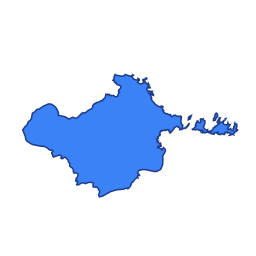 the district of Aceh Besar, Aceh, Indonesia, rotated 140°
{"feature_id": "22746128B90547447297479", "entity_name": "Aceh Besar", "entity_type": "district", "adm_level": 2, "iso_a3": "IDN", "parent_name": "Indonesia", "parent_adm1": "Aceh", "projection": "mercator", "projection_center": [95.268, 5.409], "detail": "fine", "context": "isolated", "style": "filled", "palette": "blue", "viewbox_px": 256, "rotation_deg": 140, "n_neighbors": 0, "source": "geoboundaries", "source_scale": "gbopen_adm2", "svg_char_len": 5618}
<svg xmlns="http://www.w3.org/2000/svg" viewBox="0 0 256 256"><g transform="rotate(140 128 128)"><path d="M194.2,93.6L190.9,92.1L182.3,90.5L176.2,87.8L170.7,84.0L168.0,83.1L167.2,82.4L167.3,81.6L166.3,81.4L163.4,81.9L160.4,83.6L158.4,83.5L155.8,84.3L153.4,84.3L152.6,84.2L152.4,83.6L152.0,84.7L151.0,85.2L149.7,84.2L149.3,85.6L149.9,86.6L149.7,87.3L147.5,88.4L146.0,88.2L145.1,87.6L145.7,87.6L143.5,86.8L141.7,85.3L135.5,77.4L133.9,76.3L129.5,75.3L125.1,77.6L120.6,82.4L120.3,83.4L118.0,84.9L116.6,85.1L113.9,86.5L113.2,88.1L113.5,90.2L115.2,89.6L115.3,90.0L116.2,89.4L116.6,92.3L116.9,93.1L117.7,93.2L118.0,93.8L116.3,94.8L114.5,92.7L113.9,93.1L114.0,94.1L113.1,94.6L113.0,95.8L113.8,95.7L114.5,98.6L113.3,98.5L113.7,99.1L113.4,99.1L113.1,100.0L113.2,101.1L112.4,100.5L111.2,100.7L111.0,102.1L109.5,101.9L108.2,102.5L108.2,101.9L107.5,102.3L106.8,103.9L105.0,104.2L105.0,104.7L104.0,104.6L103.8,103.9L102.2,103.4L101.2,102.2L100.5,102.4L100.0,101.5L98.9,101.5L98.3,100.5L97.9,100.4L98.7,99.1L98.2,98.2L98.4,97.4L99.0,97.4L98.7,97.0L92.9,98.0L92.6,98.5L89.4,98.0L88.7,97.3L89.1,96.4L88.6,96.0L88.5,94.9L89.5,93.3L87.1,92.2L86.3,92.2L86.7,93.2L85.5,93.5L84.2,95.2L84.7,95.9L83.2,99.4L81.8,100.2L79.9,102.4L80.4,102.8L80.3,103.6L81.1,103.6L83.2,106.2L83.5,107.5L85.0,108.3L86.6,108.1L86.8,108.7L87.2,108.7L87.5,109.9L86.8,111.0L88.3,112.0L88.5,113.5L89.6,114.3L90.3,116.5L90.4,118.0L89.4,118.3L89.2,117.9L89.3,118.3L90.0,118.5L90.0,119.4L89.4,119.8L89.1,121.0L87.4,121.9L88.4,123.4L88.8,122.7L89.5,122.9L91.1,125.8L91.8,128.4L91.9,134.7L91.3,135.8L90.9,135.4L90.5,135.9L89.6,139.2L89.8,141.4L88.3,140.2L88.4,138.1L87.5,136.6L87.0,137.2L86.9,139.9L85.7,140.4L87.0,141.3L87.6,142.6L89.1,143.3L89.3,144.4L87.9,146.5L85.1,144.5L84.9,145.2L85.8,145.3L85.4,145.9L86.1,146.7L85.6,147.4L84.2,147.3L84.5,147.9L83.8,148.9L84.5,148.7L84.4,149.3L85.1,149.8L85.2,151.1L85.7,151.5L85.2,151.6L85.1,152.9L83.7,154.6L84.6,154.7L85.3,155.6L86.0,154.9L86.2,154.0L87.7,152.6L89.6,153.3L90.9,155.2L91.2,156.8L90.7,156.7L89.5,157.5L88.8,157.2L88.0,158.2L88.6,159.5L89.2,158.4L90.3,159.0L91.5,160.4L92.2,161.9L92.1,164.7L91.7,165.0L89.9,164.9L90.1,165.8L90.9,165.5L92.5,165.9L93.8,167.5L95.8,170.9L96.8,170.4L99.1,171.3L103.2,176.2L103.5,177.3L106.0,176.0L106.8,174.8L108.8,174.2L107.9,173.1L109.0,171.8L108.2,170.7L108.6,170.4L108.2,169.3L108.6,168.5L106.6,165.3L107.2,163.8L108.4,163.2L110.5,163.1L111.9,162.1L111.7,160.9L113.2,160.6L115.5,159.0L117.5,159.8L118.3,162.4L119.9,163.2L120.0,164.2L121.1,164.7L120.9,166.2L121.7,166.8L122.3,166.5L122.6,166.8L123.1,168.1L126.3,165.8L128.3,166.0L130.1,165.3L130.8,166.3L133.2,166.4L135.6,167.7L136.5,167.9L137.0,167.5L138.3,168.2L140.5,167.9L141.9,166.6L143.3,166.1L146.7,167.0L151.1,167.1L153.4,169.0L160.3,168.4L162.0,169.3L163.5,171.9L167.5,172.7L169.0,177.1L173.2,182.6L171.4,184.5L170.2,189.0L170.2,191.3L171.2,195.1L172.3,196.6L173.8,197.7L179.3,199.2L184.0,199.6L185.9,200.9L189.0,200.3L191.7,200.8L196.0,197.2L198.3,196.6L200.0,197.0L204.1,195.0L205.6,195.3L209.9,194.2L212.0,187.7L213.8,184.6L213.8,182.3L211.9,176.9L206.7,170.3L204.0,167.7L202.9,165.5L202.1,161.4L200.3,159.5L200.3,158.5L202.2,158.2L202.8,157.5L203.1,155.6L203.7,155.0L203.7,153.6L198.0,151.5L196.8,149.0L197.2,148.5L198.8,148.2L198.7,147.4L197.7,146.5L195.8,146.5L194.8,145.8L194.6,141.7L195.5,139.9L195.2,138.4L197.2,136.1L196.4,132.9L196.8,130.7L198.0,129.8L198.4,128.3L196.1,126.4L195.9,124.6L199.0,122.5L199.7,122.9L201.8,121.3L201.0,121.0L201.7,120.2L201.1,120.0L201.0,119.1L203.7,117.6L202.8,116.4L199.0,115.7L197.8,115.1L196.3,112.7L193.6,111.9L191.6,110.4L190.0,108.5L189.9,108.0L192.1,106.2L192.5,105.1L189.9,102.7L189.7,101.2L190.5,97.9L191.0,97.2L193.6,95.6L194.2,93.6ZM52.4,56.5L51.5,55.1L51.4,55.8L49.2,55.9L48.3,56.5L47.5,55.8L45.4,56.0L45.2,56.3L46.2,56.7L46.2,57.4L43.3,59.4L42.2,61.3L43.5,62.3L45.5,60.9L46.1,61.1L46.8,60.1L47.8,60.0L47.8,59.5L49.3,58.6L50.0,59.1L50.2,60.3L49.7,61.6L52.2,62.1L52.1,63.7L51.5,63.6L51.3,64.2L50.6,64.3L49.6,64.1L47.9,64.8L48.3,64.9L48.1,65.6L48.9,66.1L48.2,67.7L49.3,66.9L50.3,66.9L51.9,68.6L52.2,69.6L52.0,70.7L48.9,72.3L49.9,72.0L53.4,72.2L54.4,73.3L54.4,73.8L53.5,74.4L53.3,75.0L52.1,75.6L51.7,76.4L50.9,76.4L51.3,77.1L56.0,75.3L56.0,73.3L54.6,73.3L55.6,72.7L56.6,73.2L58.1,72.7L60.1,72.8L60.2,73.3L61.0,72.8L62.7,73.2L64.2,72.1L67.7,72.9L68.6,74.0L68.9,73.8L69.5,73.2L68.6,71.8L66.8,72.4L66.7,71.9L68.4,71.3L67.3,69.2L66.4,69.2L66.4,68.3L65.8,68.0L64.9,68.6L63.5,67.9L63.4,67.4L61.9,67.2L61.8,66.8L63.0,66.1L63.0,65.4L61.6,63.6L59.9,63.4L58.6,61.2L57.7,61.2L57.5,61.9L56.9,62.1L55.9,61.9L55.9,61.5L54.9,61.6L54.6,60.7L54.9,60.1L53.2,59.2L53.0,58.3L53.6,57.2L54.7,57.1L53.7,56.5L52.4,56.5ZM70.5,74.3L68.9,74.6L68.2,75.5L68.8,75.5L69.7,77.0L69.9,79.9L66.1,82.2L64.5,83.9L65.0,85.6L64.5,86.7L65.7,86.6L65.9,87.9L66.7,88.4L67.5,87.5L68.1,85.8L69.7,85.8L70.1,86.5L69.8,88.2L70.7,88.9L71.0,88.1L71.6,87.9L72.1,88.2L72.8,87.5L73.4,87.6L73.8,87.0L74.5,86.9L74.5,85.8L78.3,85.3L80.1,86.1L79.4,85.6L79.5,85.0L78.6,84.7L77.3,83.0L75.9,82.6L75.3,81.9L75.2,80.6L74.6,80.4L74.1,79.4L74.4,78.6L73.3,79.3L72.6,78.6L72.7,77.1L74.2,76.8L74.2,76.4L72.8,76.1L72.3,74.7L70.5,74.3ZM56.2,77.9L53.4,79.3L52.6,79.4L52.2,79.0L50.7,80.8L50.5,82.4L51.3,82.7L52.4,82.5L52.6,81.9L53.9,81.4L55.5,80.1L56.5,80.2L57.8,78.7L56.2,77.9ZM74.6,97.4L76.6,95.6L74.6,95.0L71.5,96.9L74.6,97.4ZM82.1,90.8L79.8,91.2L77.7,92.4L81.6,91.4L84.3,91.4L82.1,90.8ZM82.4,153.5L81.7,153.9L81.7,154.5L82.5,154.9L82.8,154.0L82.4,153.5ZM85.6,91.9L84.7,91.2L84.8,91.6L85.6,91.9ZM47.7,72.6L47.9,72.0L47.0,72.3L47.7,72.6ZM43.2,63.1L43.5,63.0L43.5,62.7L43.2,63.1Z" fill="#3b82f6" stroke="#1e3a8a" stroke-width="1.5"/></g></svg>